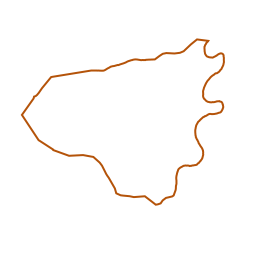 Agard Lands, Castries, Saint Lucia (Robinson projection), rotated 353°
{"feature_id": "8701671B38809130706709", "entity_name": "Agard Lands", "entity_type": "district", "adm_level": 2, "iso_a3": "LCA", "parent_name": "Saint Lucia", "parent_adm1": "Castries", "projection": "robinson", "projection_center": [-60.962, 14.007], "detail": "fine", "context": "isolated", "style": "outline", "palette": "amber", "viewbox_px": 256, "rotation_deg": 353, "n_neighbors": 0, "source": "geoboundaries", "source_scale": "gbopen_adm2", "svg_char_len": 5563}
<svg xmlns="http://www.w3.org/2000/svg" viewBox="0 0 256 256"><g transform="rotate(353 128 128)"><path d="M208.2,124.9L208.7,124.6L209.0,124.5L209.2,124.4L210.0,124.1L210.6,124.0L211.6,124.1L212.1,124.2L212.7,124.4L213.4,124.5L213.7,124.5L214.7,124.6L215.3,124.6L215.8,124.6L216.7,124.5L217.1,124.5L218.1,124.4L218.7,124.3L219.3,124.1L220.4,123.9L221.0,123.9L221.3,123.8L221.6,123.7L222.2,123.4L222.5,123.1L222.8,122.7L223.3,122.2L223.5,121.8L223.9,121.3L224.4,120.5L224.4,120.2L224.7,119.7L224.9,119.5L225.1,118.7L225.1,118.0L225.0,117.0L225.1,116.7L224.8,116.0L224.8,115.3L224.6,114.7L224.3,114.0L223.9,113.5L222.8,113.0L222.2,112.8L222.0,112.5L221.0,112.5L219.9,112.4L219.3,112.4L218.5,112.6L217.8,112.7L217.0,112.8L216.4,112.8L216.1,112.8L215.8,112.8L215.1,112.6L214.5,112.7L214.0,112.7L213.3,112.6L213.0,112.5L212.3,112.4L211.7,112.1L211.3,112.0L210.9,111.9L210.4,111.7L209.8,111.3L209.3,110.9L209.0,110.7L208.7,110.3L208.5,110.0L208.1,109.5L207.9,109.2L207.5,108.6L207.0,108.2L206.9,107.7L206.6,107.1L206.4,106.1L206.5,104.8L206.5,104.5L206.8,103.7L206.8,102.9L206.9,101.8L206.9,101.3L207.0,100.7L207.3,99.7L207.7,99.0L207.9,98.5L208.3,97.4L208.7,96.7L209.1,96.1L209.3,95.7L209.8,94.9L210.1,94.3L210.4,93.8L210.7,93.6L211.1,92.8L211.4,92.4L211.8,92.0L212.3,91.3L212.8,90.8L213.0,90.6L213.6,90.1L214.1,89.7L215.0,88.8L215.5,88.3L216.3,87.6L216.8,87.2L217.3,86.9L218.2,86.3L218.7,86.1L219.0,85.9L219.8,85.6L220.7,84.9L221.0,84.7L221.9,84.4L222.6,84.5L223.1,84.4L223.7,84.1L224.4,83.7L225.2,83.3L225.6,82.9L226.1,82.5L226.6,81.8L227.3,81.3L227.7,81.1L228.2,80.4L228.7,79.5L229.3,78.7L229.6,78.2L230.0,77.6L230.2,77.2L230.4,76.8L230.6,76.1L230.8,75.5L231.2,74.5L231.3,73.8L231.3,73.5L231.4,72.3L231.5,71.3L231.7,70.2L231.7,69.6L231.6,68.8L231.6,68.4L231.7,68.1L231.7,67.6L231.6,67.0L231.5,66.8L231.3,66.4L231.0,66.1L230.6,65.7L229.9,65.4L229.3,65.2L228.7,65.3L227.9,65.4L227.7,65.5L227.3,65.6L226.7,65.8L226.2,66.1L225.7,66.3L225.3,66.6L225.0,66.8L224.6,67.0L224.4,67.0L224.1,67.2L223.7,67.3L223.3,67.5L223.0,67.6L222.6,67.8L222.0,67.9L221.6,68.1L221.3,68.2L221.0,68.3L220.8,68.4L220.4,68.4L220.2,68.4L219.8,68.2L219.6,68.2L219.0,68.1L218.6,68.0L218.4,68.0L218.1,67.9L217.6,67.8L216.8,67.5L216.4,67.2L216.1,67.1L215.8,67.0L215.5,66.8L215.3,66.7L214.9,66.4L214.5,65.7L214.0,64.8L213.6,63.8L213.5,62.9L213.5,61.9L213.4,61.3L213.5,60.6L213.5,59.8L213.6,59.2L213.6,58.6L213.6,58.0L213.7,57.5L213.8,57.1L213.8,56.7L214.3,56.0L214.6,55.2L215.3,54.4L215.8,53.8L216.2,53.0L216.7,52.7L217.1,52.4L217.4,52.1L217.9,51.8L218.3,51.3L207.3,48.5L200.6,52.7L192.6,58.6L188.7,59.7L183.2,59.7L175.2,58.3L171.5,58.6L170.9,58.9L167.9,60.4L163.0,63.2L156.9,62.7L154.1,62.5L153.9,62.6L153.7,62.7L152.9,62.6L151.7,62.5L151.0,62.3L149.9,62.3L149.6,62.3L149.0,62.2L147.7,61.8L147.4,61.7L147.0,61.6L145.3,61.1L144.0,60.9L143.7,60.8L143.2,60.8L142.4,60.8L141.1,60.9L140.4,61.1L139.5,61.1L138.7,61.3L137.5,61.5L136.6,61.7L135.7,61.9L134.9,62.2L133.7,62.7L131.3,63.3L129.0,63.7L127.5,64.0L126.6,64.3L126.3,64.4L125.2,64.2L124.3,64.4L123.5,64.5L122.4,64.7L121.4,64.8L120.7,64.8L119.9,64.8L119.0,65.0L118.5,65.0L117.9,65.2L117.2,65.6L116.7,65.8L115.0,66.4L113.3,67.2L113.1,67.3L112.5,67.6L111.2,68.0L110.4,68.1L109.8,68.0L109.4,68.0L108.7,67.9L107.3,67.7L107.1,67.6L106.7,67.6L105.8,67.4L104.9,67.3L104.5,67.3L103.7,67.1L102.8,67.0L102.0,66.9L101.1,66.8L99.7,66.6L98.8,66.5L98.1,66.5L97.9,66.5L59.1,68.0L57.9,68.1L53.7,72.1L47.5,78.0L43.5,82.5L43.0,82.9L41.9,84.0L40.2,85.1L38.6,85.4L37.9,87.2L24.3,102.1L37.8,129.2L38.8,130.0L51.1,140.3L51.1,140.8L66.1,148.4L80.1,149.4L86.5,151.4L90.1,152.5L91.4,154.0L95.7,158.9L97.6,162.2L99.2,166.6L100.8,171.1L101.7,173.0L102.8,175.0L107.6,186.4L108.4,191.4L112.5,193.9L114.9,194.5L121.3,195.9L124.2,196.9L125.4,197.3L136.4,197.8L142.9,204.2L146.2,207.5L148.4,207.4L151.2,206.8L153.6,204.1L157.2,202.0L159.3,201.8L163.6,201.3L165.1,200.5L167.7,195.4L168.1,194.0L168.5,191.5L169.3,189.3L169.7,186.0L169.7,184.8L169.7,184.6L169.8,183.5L170.0,182.4L170.2,181.8L170.4,181.0L170.7,180.4L170.8,180.0L171.1,179.1L171.3,178.6L171.7,177.8L171.9,177.2L172.1,177.0L172.4,176.3L172.6,176.0L172.7,175.6L173.0,175.2L173.5,174.7L174.0,174.4L174.4,174.1L175.1,173.7L175.6,173.5L176.5,173.1L177.0,173.0L177.8,172.6L178.5,172.3L179.4,172.3L180.4,172.2L180.9,172.3L181.6,172.5L182.3,172.5L183.0,172.6L183.8,172.8L184.4,173.2L184.7,173.3L185.4,173.2L186.1,173.3L186.6,173.2L187.2,173.0L188.1,173.1L188.6,173.1L189.2,173.0L189.9,173.0L190.8,173.0L191.8,172.8L192.6,172.1L193.0,171.7L193.6,171.5L193.9,171.4L194.4,170.9L194.7,170.7L195.2,170.0L195.8,169.7L196.4,169.1L196.5,168.9L197.3,168.1L197.7,167.6L197.9,167.3L198.0,167.0L198.2,166.8L198.4,166.2L198.7,165.5L199.0,164.6L199.4,163.8L199.4,162.6L199.6,161.7L199.7,160.7L199.6,160.3L199.7,159.3L199.4,158.7L199.2,157.6L199.0,157.1L198.7,156.5L198.3,155.7L198.0,155.3L197.7,154.7L197.6,154.3L197.4,154.0L197.1,153.2L196.8,152.7L196.7,152.4L196.6,152.2L196.3,151.7L196.2,151.0L196.1,150.4L195.8,149.6L195.6,149.1L195.4,148.5L195.4,148.3L195.0,147.8L194.7,146.6L194.5,146.3L194.4,145.5L194.2,145.2L194.3,144.3L194.2,143.7L194.1,143.4L194.2,142.3L194.2,141.6L194.2,141.2L194.3,139.8L194.4,139.3L194.4,138.9L194.6,138.0L194.8,137.3L195.0,136.9L195.2,136.1L195.3,135.7L195.6,135.0L195.9,134.2L196.0,133.8L196.6,132.9L196.9,132.5L197.3,132.0L197.6,131.5L198.1,130.9L198.4,130.4L199.1,130.0L199.8,129.5L200.4,128.9L201.0,128.5L201.6,128.0L202.5,127.4L203.2,126.9L203.7,126.5L204.2,126.3L204.4,126.3L204.7,126.2L205.3,126.0L205.5,125.7L206.3,125.6L207.1,125.4L208.2,124.9Z" fill="none" stroke="#b45309" stroke-width="2"/></g></svg>